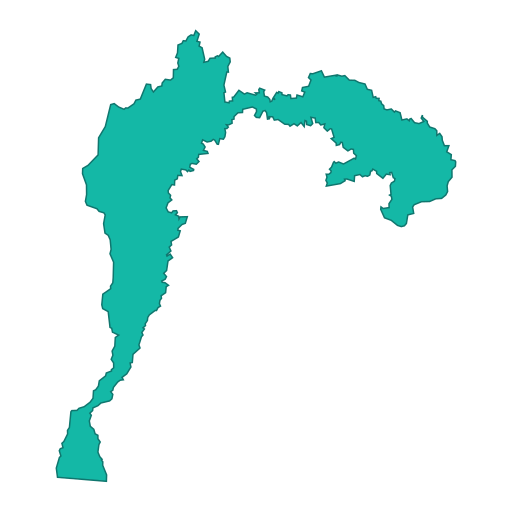 the district of Montelíbano, Córdoba, Colombia
{"feature_id": "7082276B48843599795866", "entity_name": "Montelíbano", "entity_type": "district", "adm_level": 2, "iso_a3": "COL", "parent_name": "Colombia", "parent_adm1": "Córdoba", "projection": "orthographic", "projection_center": [-75.7, 7.765], "detail": "fine", "context": "isolated", "style": "filled", "palette": "teal", "viewbox_px": 512, "rotation_deg": 0, "n_neighbors": 0, "source": "geoboundaries", "source_scale": "gbopen_adm2", "svg_char_len": 5978}
<svg xmlns="http://www.w3.org/2000/svg" viewBox="0 0 512 512"><path d="M451.9,169.8L455.4,166.3L455.7,161.9L455.0,160.6L450.9,159.7L451.3,154.6L446.7,151.8L448.9,145.7L444.4,145.7L442.3,140.3L442.0,136.7L439.7,133.4L436.8,135.4L436.8,130.8L434.9,128.7L429.7,127.0L427.3,123.1L427.3,121.3L422.5,117.2L422.4,115.1L421.2,118.1L423.8,121.5L419.0,123.6L414.6,122.7L411.1,118.5L409.6,119.2L409.2,120.8L406.9,118.9L401.9,120.0L400.1,112.7L395.5,110.9L394.4,112.1L391.3,109.0L386.9,109.9L384.1,108.9L383.7,105.6L381.6,103.8L380.8,101.2L378.8,100.6L379.1,98.4L376.2,98.3L375.7,96.7L373.2,97.4L371.6,90.3L367.3,89.3L365.0,84.0L358.9,82.5L354.8,80.3L349.4,80.2L344.8,75.6L341.8,76.2L337.3,74.9L336.9,76.0L335.9,75.8L336.3,75.1L324.4,77.1L321.4,70.8L312.7,73.8L310.3,73.5L308.5,77.6L311.0,80.0L308.6,86.3L302.5,87.5L301.7,90.9L304.8,92.1L302.8,96.8L297.0,95.0L296.4,98.1L290.9,98.5L290.4,95.0L288.1,94.7L286.9,95.9L282.0,94.6L281.9,92.8L278.8,91.6L278.1,93.2L276.7,92.4L273.4,97.6L275.1,99.6L272.8,98.7L271.8,101.1L270.2,101.8L269.8,99.4L267.7,97.0L264.4,96.1L263.7,91.6L264.7,90.1L259.7,88.2L258.8,89.6L259.3,92.8L255.3,92.9L256.7,94.2L255.6,95.2L247.1,92.8L244.4,94.1L238.9,90.3L233.7,97.1L232.3,97.3L232.6,100.9L229.4,101.1L229.1,102.8L224.9,102.0L223.9,92.8L225.5,92.0L223.9,85.1L226.8,72.0L228.4,72.1L227.8,66.5L230.2,61.9L229.8,58.1L226.5,56.4L222.7,52.1L218.6,56.5L217.5,55.8L215.2,56.9L215.3,58.0L210.0,58.3L208.2,61.3L203.8,62.3L204.7,59.3L202.1,47.8L199.1,46.1L200.0,42.1L196.9,41.3L199.2,34.1L195.7,30.7L193.8,35.5L191.1,34.9L188.1,36.9L185.9,41.0L183.3,40.7L181.9,43.4L178.0,45.0L177.5,52.9L175.7,57.4L178.8,58.4L177.8,63.0L178.8,66.3L177.2,69.3L173.5,69.6L173.3,77.8L170.5,80.1L165.3,79.3L162.2,83.0L161.8,86.0L157.9,86.9L153.4,92.0L151.1,88.5L150.6,84.6L146.4,84.1L140.3,99.1L135.9,100.1L134.0,103.8L127.8,108.1L125.7,107.9L124.1,109.3L118.6,107.0L114.2,103.6L110.7,104.6L105.3,126.6L98.6,137.8L98.1,154.9L88.1,165.3L82.7,168.5L82.5,173.7L86.5,184.9L86.6,194.6L85.4,201.3L87.0,205.2L96.9,208.7L99.1,211.4L103.9,212.8L105.2,214.9L103.6,223.7L105.0,233.1L108.2,235.3L110.2,239.8L111.1,249.4L110.0,253.8L113.6,262.2L113.2,277.8L112.8,282.8L110.5,286.2L110.7,288.7L102.8,294.2L101.8,304.8L102.7,308.6L108.2,311.6L110.0,327.4L111.7,328.3L112.5,332.2L118.7,335.1L115.3,337.5L114.8,346.2L112.1,351.1L112.9,355.2L111.2,359.3L113.6,362.9L113.7,367.8L111.4,369.7L111.5,371.0L106.3,373.0L105.6,375.9L99.3,380.8L98.4,386.1L95.7,389.8L93.5,390.8L93.0,398.3L90.1,402.2L84.2,406.7L79.0,408.3L77.0,410.4L71.8,410.6L70.9,411.8L69.4,427.5L67.5,430.4L67.6,434.0L63.8,441.6L61.9,443.3L63.0,447.7L60.3,448.7L59.3,450.7L60.9,456.0L59.4,457.5L56.3,468.1L57.5,477.3L106.4,481.3L106.6,474.9L102.7,465.3L102.8,461.8L101.4,460.0L102.1,459.3L99.8,456.7L97.9,452.1L98.9,444.6L100.2,442.0L97.9,438.7L97.9,435.3L95.1,433.8L93.8,429.3L90.3,426.3L89.3,420.9L91.3,415.3L89.8,413.2L92.6,410.6L92.9,407.9L97.9,405.7L100.9,403.0L109.6,400.9L111.9,398.8L112.8,394.4L110.7,391.7L112.8,390.2L113.4,387.4L117.7,382.0L120.2,380.2L123.3,379.8L122.0,377.4L126.7,373.9L130.9,367.0L130.1,363.0L132.3,362.5L133.0,354.3L140.0,348.0L138.9,344.9L141.5,336.7L143.0,335.0L141.8,332.5L144.4,329.0L143.0,327.8L145.5,325.6L145.2,323.8L147.4,320.5L147.7,317.5L149.3,314.9L155.1,310.5L156.5,310.5L158.0,307.6L160.5,306.1L159.4,303.7L159.9,300.4L161.5,298.3L161.1,295.8L165.6,292.7L166.2,286.7L168.5,285.3L165.0,282.7L162.2,282.3L161.7,281.0L165.1,279.3L166.5,276.6L163.7,273.3L166.6,270.5L168.0,261.0L172.6,257.7L170.2,254.1L167.0,256.1L166.5,254.8L170.9,251.0L169.2,247.1L171.6,244.9L171.0,241.4L178.4,237.0L180.2,230.8L177.9,230.3L178.0,228.4L182.0,224.5L185.3,223.3L187.3,216.7L180.1,216.9L179.0,219.0L178.6,216.2L175.4,214.8L177.4,212.7L176.5,210.7L173.1,210.9L171.6,212.8L168.2,211.9L166.1,207.9L168.0,202.8L171.8,199.9L170.0,197.9L170.6,195.3L168.4,193.0L168.1,190.6L171.8,184.6L174.5,185.0L174.7,180.1L177.3,178.8L177.8,175.4L182.0,175.6L180.5,171.6L181.3,169.1L185.8,169.9L187.5,171.6L188.9,170.1L190.1,171.4L193.5,170.5L193.7,169.4L189.7,167.2L190.3,164.2L192.1,163.4L196.3,164.2L199.0,161.5L196.7,158.8L198.4,157.2L198.7,154.4L208.0,153.4L207.3,151.4L203.4,150.4L205.1,147.0L203.2,144.0L201.5,143.2L202.6,139.8L207.1,142.0L211.1,141.2L213.2,139.4L214.7,140.1L217.2,144.2L218.4,144.3L219.8,138.6L223.4,139.2L224.9,136.7L225.6,132.5L224.8,128.6L226.8,128.6L228.3,127.1L226.4,124.7L228.6,124.9L232.1,123.2L231.9,119.6L234.0,119.1L234.0,116.6L237.9,112.8L242.5,112.5L242.7,109.3L252.4,107.0L256.4,109.0L256.5,111.7L254.5,115.5L256.3,117.4L259.6,117.7L262.9,111.2L265.1,110.5L266.6,112.7L267.5,119.1L269.3,118.8L269.6,118.0L268.5,118.6L268.9,116.6L272.7,116.8L274.3,120.1L278.1,119.5L284.7,124.2L288.6,124.4L290.0,126.2L294.0,123.7L297.3,125.9L301.0,122.5L304.2,126.6L305.0,120.5L306.5,121.2L306.7,124.5L310.6,125.7L312.7,123.6L310.9,117.3L315.2,118.1L315.8,122.6L318.7,122.5L320.8,125.0L324.8,123.9L323.9,127.7L327.3,131.1L330.3,128.7L331.6,129.0L334.1,137.4L331.2,138.6L336.2,143.1L336.3,145.4L339.5,144.6L340.9,142.2L342.3,142.5L343.2,147.3L347.9,150.9L351.1,149.0L353.4,149.4L353.7,153.2L356.4,155.7L355.5,159.0L354.1,158.2L343.5,164.0L338.6,162.0L335.8,163.2L334.2,161.6L333.5,162.3L331.5,167.2L329.5,169.2L331.2,171.0L330.8,172.7L328.7,174.3L326.2,174.2L327.0,177.2L325.9,180.3L327.3,183.0L326.3,186.1L340.4,183.6L345.1,180.7L344.5,179.2L346.9,179.0L354.2,181.4L354.6,175.7L359.9,174.5L362.5,176.8L365.1,175.7L367.5,176.3L369.8,175.0L370.6,171.2L371.9,170.9L372.8,169.1L376.6,171.3L376.7,173.5L382.9,178.3L386.3,174.1L390.1,174.7L389.7,172.6L391.7,172.4L393.3,177.7L395.0,178.6L394.4,181.2L391.4,183.0L390.2,185.5L391.0,194.4L389.6,195.1L391.4,196.3L391.9,199.3L389.0,203.7L389.1,207.6L383.1,208.5L381.0,206.9L380.7,209.3L384.5,217.8L391.2,220.3L397.5,225.4L401.3,226.6L404.4,225.8L406.4,223.5L407.8,214.9L413.7,213.4L412.6,207.0L414.2,204.7L421.5,201.7L429.6,201.5L435.8,198.8L441.6,198.4L445.8,195.0L447.6,191.5L447.1,185.8L448.3,181.6L452.0,177.2L451.9,169.8Z" fill="#14b8a6" stroke="#0f766e" stroke-width="1.5"/></svg>